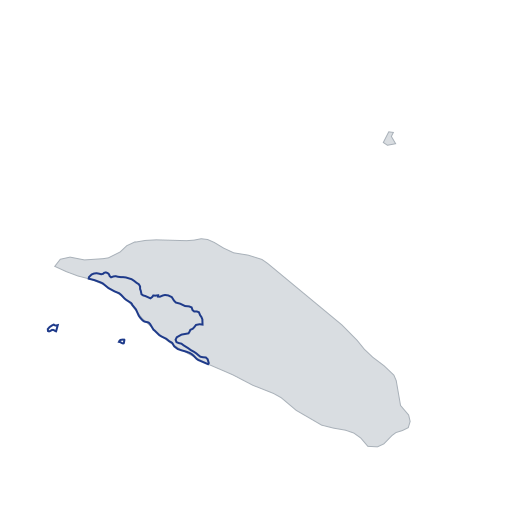 Taitung highlighted on a map of Taiwan, rotated 105°
{"feature_id": "TWN-1177", "entity_name": "Taitung", "entity_type": "County", "adm_level": 1, "iso_a3": "TWN", "parent_name": "Taiwan", "parent_adm1": "", "projection": "equal_earth", "projection_center": [121.163, 22.723], "detail": "fine", "context": "in_parent", "style": "outline", "palette": "blue", "viewbox_px": 512, "rotation_deg": 105, "n_neighbors": 0, "source": "natural_earth", "source_scale": "10m", "svg_char_len": 2919}
<svg xmlns="http://www.w3.org/2000/svg" viewBox="0 0 512 512"><g transform="rotate(105 256 256)"><path d="M332.6,367.7L327.3,381.2L323.1,395.5L321.3,408.9L321.4,422.8L320.2,435.3L318.1,447.7L309.8,444.2L305.2,435.3L304.2,420.7L298.2,403.1L296.0,398.1L287.3,388.3L279.4,383.4L273.3,376.1L274.1,376.7L269.6,366.9L266.2,356.5L259.2,327.1L256.7,319.9L253.5,313.4L252.6,307.0L253.7,299.9L256.8,289.2L258.7,278.4L257.2,263.8L257.8,249.4L260.1,243.0L300.4,155.1L311.3,136.5L318.0,127.3L323.6,117.0L328.9,103.9L335.4,92.0L340.1,88.3L363.0,77.7L370.1,67.4L375.9,64.3L382.4,64.5L386.6,69.3L390.3,75.1L394.2,78.2L404.4,83.9L408.9,89.3L410.9,98.7L404.7,107.7L401.7,115.7L401.1,124.6L402.2,136.7L402.4,148.8L394.7,177.2L386.4,194.9L384.2,203.7L381.7,225.6L376.8,247.6L372.7,275.6L365.9,304.4L362.0,316.5L357.2,328.0L345.7,349.8L332.6,367.7ZM111.4,150.2L115.0,157.7L113.4,162.4L101.7,159.9L101.1,155.3L105.5,156.2L111.4,150.2Z" fill="#d9dde1" stroke="#a8b0b8" stroke-width="1"/><path d="M372.9,274.3L371.4,284.9L370.7,286.8L368.4,290.6L367.5,292.5L366.8,295.0L366.4,299.6L366.4,303.6L366.1,307.5L364.5,311.5L363.8,312.3L362.3,313.7L361.6,314.6L361.3,315.5L360.7,317.9L359.2,321.2L358.2,326.5L357.5,328.9L354.2,334.8L353.8,335.9L349.2,340.6L348.2,342.2L348.0,343.2L348.2,345.8L348.2,346.9L347.8,348.2L347.1,349.6L345.5,352.0L344.0,353.8L338.7,358.1L335.2,362.9L334.4,363.5L333.7,364.6L332.0,370.0L331.1,372.0L328.5,376.1L327.4,378.5L326.8,383.5L325.2,390.2L322.1,397.0L321.7,399.3L321.1,405.8L321.2,411.7L319.7,411.9L316.4,410.0L314.9,408.0L313.9,405.6L313.7,403.1L313.7,400.8L312.7,399.0L311.6,398.4L310.7,396.8L310.9,394.9L311.6,393.4L313.3,392.1L314.1,390.5L312.6,388.3L311.8,386.3L311.8,384.1L311.4,381.2L310.8,378.8L310.4,376.2L310.6,370.2L311.6,367.2L312.8,364.5L313.6,361.9L315.4,360.1L317.9,359.4L319.4,358.3L322.6,356.7L323.3,354.7L323.3,352.6L324.2,347.0L322.4,345.6L320.7,345.0L320.4,343.1L319.3,340.4L320.6,340.2L320.2,338.3L318.2,335.7L317.2,333.8L316.8,330.6L317.5,326.7L320.3,323.7L321.7,321.4L321.7,316.9L322.7,311.6L322.0,307.6L322.3,304.9L324.7,303.3L325.6,301.3L324.9,298.9L325.1,296.6L327.7,294.6L329.0,293.0L331.1,291.4L336.1,289.9L336.5,292.8L338.1,296.1L340.7,297.2L342.7,298.3L344.3,300.3L346.3,300.6L348.2,301.2L351.2,307.6L355.0,311.5L357.7,312.0L359.8,310.5L360.1,308.0L360.0,305.3L361.0,302.9L362.6,297.6L363.8,294.5L364.6,291.1L365.5,288.5L366.5,286.4L367.7,283.7L367.5,280.9L367.0,278.2L368.2,276.0L371.7,273.9L372.9,274.3ZM380.2,433.9L381.7,435.4L382.4,436.4L382.3,437.5L380.5,438.2L378.1,437.0L375.9,435.1L374.6,433.6L375.0,432.5L375.0,431.4L374.6,430.5L374.1,429.6L380.5,429.6L380.5,430.3L380.3,430.8L380.0,431.8L379.9,432.9L380.2,433.9ZM371.3,363.3L370.9,361.6L371.1,361.4L374.3,361.1L374.7,361.3L374.9,362.1L374.7,363.7L374.4,364.3L374.3,365.0L374.4,365.7L374.4,366.1L374.1,366.0L373.5,366.0L373.3,365.9L373.1,365.7L372.2,365.3L371.3,363.3Z" fill="none" stroke="#1e3a8a" stroke-width="2"/></g></svg>